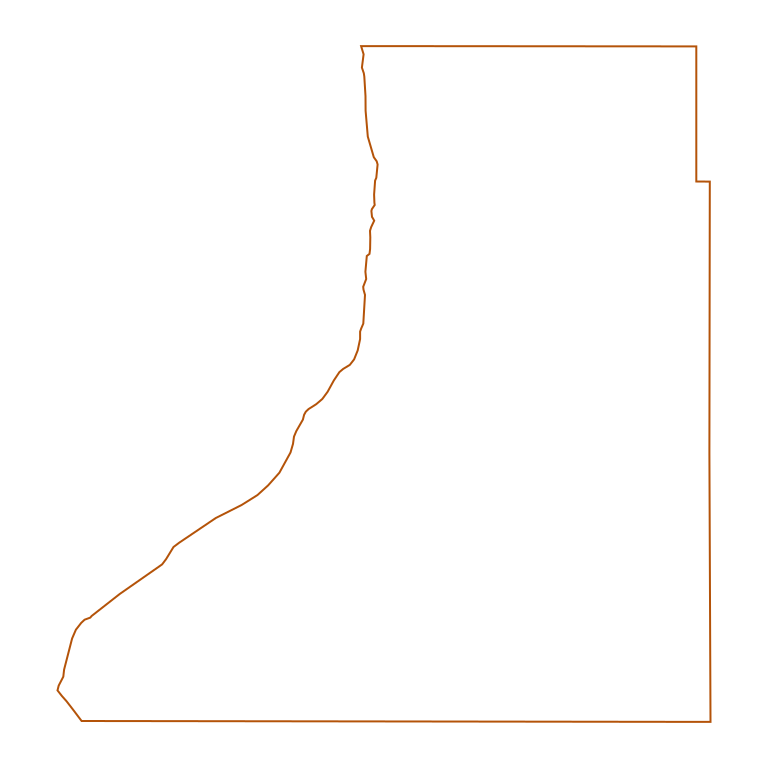 Traverse, Minnesota, United States of America
{"feature_id": "52423323B7501657464263", "entity_name": "Traverse", "entity_type": "district", "adm_level": 2, "iso_a3": "USA", "parent_name": "United States of America", "parent_adm1": "Minnesota", "projection": "mercator", "projection_center": [-96.623, 45.804], "detail": "fine", "context": "isolated", "style": "outline", "palette": "amber", "viewbox_px": 768, "rotation_deg": 0, "n_neighbors": 0, "source": "geoboundaries", "source_scale": "gbopen_adm2", "svg_char_len": 1113}
<svg xmlns="http://www.w3.org/2000/svg" viewBox="0 0 768 768"><path d="M709.4,452.6L709.8,181.6L696.3,181.5L696.3,46.4L361.1,46.1L363.6,54.3L361.9,67.6L363.8,73.2L364.3,76.5L365.5,96.2L365.6,110.8L367.8,136.6L373.8,157.2L376.7,161.3L377.6,164.5L376.3,177.8L375.1,180.6L374.1,194.6L374.4,202.6L374.7,205.0L371.9,209.1L371.4,211.0L372.0,216.9L373.0,218.5L374.2,220.7L371.2,227.0L370.0,230.8L370.3,237.4L370.1,249.0L369.5,253.9L366.8,256.0L365.4,271.8L366.2,279.0L363.2,286.8L363.5,289.6L365.0,294.9L363.3,323.6L361.2,328.5L360.1,331.6L360.1,339.1L357.7,350.4L354.1,359.4L349.8,364.9L343.2,368.9L339.4,372.1L333.8,380.5L327.6,391.8L322.3,399.0L316.2,404.2L308.5,409.1L305.8,411.7L304.1,414.8L302.9,419.6L296.3,431.1L294.0,436.6L293.0,443.9L290.5,452.5L279.4,472.7L268.2,485.3L257.4,495.1L241.6,505.0L215.8,518.0L179.2,542.7L173.5,547.0L166.1,559.1L162.1,564.4L119.7,594.0L91.6,616.0L90.3,617.6L84.6,619.7L81.2,622.9L75.9,629.7L72.1,638.5L64.1,669.6L63.3,676.7L58.7,685.6L57.5,690.4L61.9,696.0L66.5,701.2L72.0,708.3L72.4,708.8L81.6,721.0L710.5,721.9L709.4,452.6Z" fill="none" stroke="#b45309" stroke-width="2"/></svg>